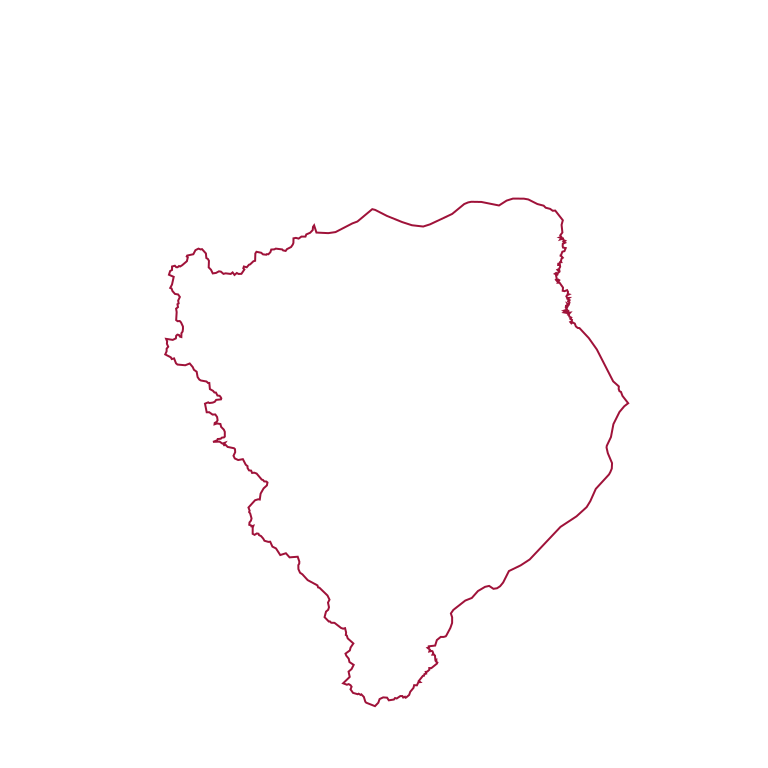 the district of Xaychamphone, Bolikhamxai, Laos, rotated 224°
{"feature_id": "54806243B24736520064001", "entity_name": "Xaychamphone", "entity_type": "district", "adm_level": 2, "iso_a3": "LAO", "parent_name": "Laos", "parent_adm1": "Bolikhamxai", "projection": "orthographic", "projection_center": [104.92, 18.569], "detail": "fine", "context": "isolated", "style": "outline", "palette": "rose", "viewbox_px": 768, "rotation_deg": 224, "n_neighbors": 0, "source": "geoboundaries", "source_scale": "gbopen_adm2", "svg_char_len": 6166}
<svg xmlns="http://www.w3.org/2000/svg" viewBox="0 0 768 768"><g transform="rotate(224 384 384)"><path d="M544.5,449.6L544.2,447.7L542.2,445.2L542.2,441.5L543.8,437.6L542.9,435.5L545.8,432.7L546.4,429.3L548.9,427.9L550.3,425.9L547.2,422.6L546.5,421.0L546.0,418.0L547.5,413.6L547.2,411.4L549.4,410.0L550.7,410.1L555.9,406.2L556.4,404.7L558.5,402.4L557.3,399.9L557.3,397.0L558.5,396.0L558.5,395.2L561.1,393.2L563.5,393.1L567.6,390.5L567.2,388.5L562.3,383.1L563.2,381.6L563.4,377.0L564.0,376.0L563.8,372.6L566.4,371.2L565.6,369.5L564.0,369.4L563.1,364.2L565.1,362.1L567.0,361.6L567.3,358.6L570.4,359.1L570.7,356.7L574.8,353.6L576.0,351.7L579.4,351.5L581.0,350.4L582.0,347.2L584.0,344.6L587.8,346.0L591.1,346.1L595.5,351.0L597.5,351.6L599.3,351.2L602.8,354.2L608.6,354.6L609.4,353.4L611.5,352.5L612.6,349.3L611.3,344.9L614.8,339.7L614.5,338.7L613.1,338.8L611.1,335.4L611.7,329.2L612.3,326.9L613.4,326.5L613.6,324.6L614.6,323.7L616.6,323.8L618.1,321.3L615.7,318.8L616.3,316.7L614.6,313.2L609.7,315.0L605.6,308.3L604.5,304.6L603.1,305.1L600.7,303.9L596.9,303.6L594.3,305.4L591.3,304.8L590.0,301.0L587.7,299.3L588.0,297.9L585.6,296.2L585.9,293.8L583.1,291.7L577.9,285.6L576.1,285.8L574.7,287.4L572.8,287.3L568.6,285.7L566.9,284.0L565.3,281.8L565.0,279.8L562.4,277.0L563.7,276.3L565.6,276.8L566.9,276.0L567.0,274.4L565.4,272.2L566.6,269.0L572.1,265.1L569.6,264.0L568.1,262.1L565.1,260.9L564.9,258.4L563.1,256.5L561.9,253.3L555.9,255.1L554.0,254.5L552.8,256.6L548.0,254.4L546.1,254.5L540.0,259.4L538.0,263.8L533.3,263.3L530.6,262.2L527.3,262.7L522.9,259.5L519.9,258.9L518.2,259.3L513.4,262.5L511.3,262.5L510.4,263.4L505.7,259.4L502.3,260.3L500.1,260.1L498.9,261.1L495.8,260.0L494.1,261.3L492.8,261.2L491.1,260.7L490.6,259.7L493.7,256.0L493.4,253.6L494.3,251.6L496.5,248.9L497.7,248.7L499.1,245.5L491.9,240.5L490.1,242.3L486.1,242.9L484.2,244.9L481.1,244.3L478.5,242.3L478.1,240.5L478.7,238.4L477.9,237.3L476.7,239.6L473.9,241.6L471.3,240.0L467.5,239.9L465.3,239.0L462.0,235.6L462.0,234.5L463.4,232.7L463.4,231.2L465.4,228.9L464.9,227.6L466.8,223.6L462.3,228.3L458.8,228.9L457.5,231.5L457.1,229.2L456.5,228.9L455.4,230.2L452.8,230.1L447.3,233.6L445.9,233.6L443.7,231.6L442.4,227.8L439.6,226.8L436.1,228.0L433.3,231.9L427.4,229.9L425.1,230.1L423.8,228.8L421.1,228.1L419.4,229.4L417.1,228.4L415.7,230.1L413.4,231.1L405.6,230.3L404.3,230.9L402.5,230.7L400.9,232.1L399.4,232.2L397.8,229.7L398.1,225.3L396.6,219.4L393.1,214.6L394.4,213.7L396.0,210.8L395.7,201.0L392.6,199.5L392.1,198.2L390.3,197.9L385.9,195.3L384.8,193.3L384.6,191.0L383.1,189.1L381.5,189.9L380.5,189.5L379.5,191.3L378.7,189.5L374.4,185.0L372.3,185.6L371.7,188.1L370.3,189.1L368.9,188.5L366.8,189.2L363.5,188.9L361.1,188.2L357.5,190.1L356.3,191.5L351.3,189.5L347.5,190.7L339.8,188.9L337.0,194.1L331.5,193.7L326.1,199.8L321.5,197.4L320.2,195.9L319.8,194.2L317.0,191.4L313.3,189.9L310.5,190.4L302.7,189.9L292.0,192.9L290.1,191.9L288.9,192.6L277.7,192.6L273.4,191.0L272.4,187.8L268.5,185.2L267.3,182.8L267.6,180.0L264.8,175.0L258.7,174.8L258.1,175.6L256.1,175.6L253.7,177.8L245.4,178.7L243.4,179.6L242.4,181.3L238.6,178.9L237.1,176.9L236.0,177.2L233.4,175.8L225.8,176.1L225.0,171.3L223.5,168.6L224.4,163.3L222.5,162.4L218.6,161.9L215.7,160.0L210.7,160.9L209.3,156.4L209.7,152.5L205.2,149.5L205.5,140.3L201.8,141.9L200.9,143.6L198.9,144.1L197.0,143.7L196.0,141.1L191.7,140.3L187.4,142.6L187.1,143.6L184.9,144.1L184.7,145.0L181.1,144.9L176.8,142.5L175.4,142.4L166.7,146.0L166.7,150.8L168.3,154.3L166.9,158.0L163.9,160.5L160.8,159.8L157.7,163.9L157.9,165.8L156.4,166.6L155.5,170.8L154.0,172.3L152.4,171.8L151.7,173.6L150.6,173.3L150.3,173.9L149.9,177.8L151.3,180.8L151.7,185.9L153.1,188.3L151.0,190.1L152.1,193.3L150.9,194.7L152.7,194.6L153.3,201.1L152.6,201.9L153.4,203.4L152.5,205.0L154.0,205.9L153.1,207.1L152.9,210.0L154.1,211.1L152.6,212.5L151.7,219.6L152.1,220.7L153.3,220.5L154.7,221.9L154.9,220.9L155.3,221.1L158.6,224.0L159.9,224.1L161.1,223.0L161.5,224.5L163.3,225.4L164.2,225.2L165.6,223.1L166.5,224.8L169.4,224.5L168.8,226.0L169.5,226.5L165.5,231.4L168.1,236.5L167.5,241.5L165.4,243.5L164.3,245.4L164.5,246.6L166.8,254.6L169.0,259.4L172.9,263.5L176.5,265.4L177.2,269.7L175.1,284.7L172.2,291.1L172.6,300.3L170.4,308.3L168.1,311.8L163.0,312.7L160.8,315.6L160.0,319.2L160.4,324.0L164.2,336.2L159.7,348.5L157.3,359.0L157.8,403.8L153.6,422.5L152.7,436.2L154.2,443.0L158.8,455.7L159.3,475.2L160.0,477.8L161.4,481.4L165.0,485.5L174.9,489.7L179.8,492.9L180.8,494.3L183.9,503.5L191.1,514.5L195.2,527.5L195.7,534.9L195.0,539.8L204.2,541.1L208.0,542.9L209.6,542.4L211.7,543.4L213.4,545.4L221.0,545.1L254.9,556.7L268.6,559.3L282.2,560.0L283.6,558.9L286.0,558.7L288.7,560.0L291.0,559.4L291.3,557.8L293.0,558.0L292.4,559.4L293.3,560.7L295.3,560.3L295.5,561.8L297.5,561.2L298.7,562.1L299.6,561.8L299.7,564.5L300.6,563.3L301.9,564.4L302.2,563.7L301.4,562.4L304.3,560.5L303.9,562.4L305.5,561.7L304.0,564.7L306.3,565.2L306.9,566.0L305.5,566.2L305.9,567.6L305.2,568.1L307.2,567.6L307.0,568.9L307.9,569.2L306.3,569.7L307.3,571.6L308.9,571.4L308.8,573.2L309.7,573.0L309.5,572.0L310.2,573.0L311.0,572.8L310.7,574.4L311.9,573.2L313.7,573.7L314.0,574.9L313.2,577.0L314.4,576.4L315.6,578.1L317.5,578.7L318.6,576.2L320.2,575.2L322.2,577.7L328.0,578.8L329.3,577.6L330.0,580.4L330.9,580.2L330.5,578.2L332.8,578.4L332.8,579.7L335.5,581.5L335.3,582.7L337.6,582.0L337.3,583.5L336.0,583.7L335.8,586.8L336.7,587.5L337.4,586.5L338.6,586.6L338.0,588.2L338.7,590.7L340.1,591.8L341.4,590.6L342.2,591.6L341.4,592.9L342.0,593.8L341.1,594.8L342.1,595.2L343.4,597.7L343.1,599.0L345.5,599.2L346.7,598.5L346.1,599.5L347.6,603.1L346.5,604.9L347.7,608.0L350.0,606.5L351.3,607.3L352.8,609.1L351.9,611.4L353.7,611.1L353.2,612.8L355.0,612.2L356.2,613.0L357.6,610.5L357.9,612.3L359.4,611.5L358.7,613.0L360.5,613.4L360.9,616.9L366.8,621.8L369.1,626.0L381.3,627.7L383.0,625.8L386.1,625.4L390.2,623.1L393.0,623.2L398.7,620.0L408.4,617.0L412.1,614.5L420.0,607.0L423.2,601.1L425.3,592.3L440.4,582.6L447.8,575.7L449.6,573.1L451.3,569.2L453.1,553.7L461.8,530.8L465.2,524.5L474.2,517.6L483.4,513.1L498.5,507.0L511.3,503.1L513.9,501.6L516.0,482.4L518.3,477.6L524.4,459.6L528.9,453.8L537.8,446.0L544.5,449.6Z" fill="none" stroke="#9f1239" stroke-width="2"/></g></svg>